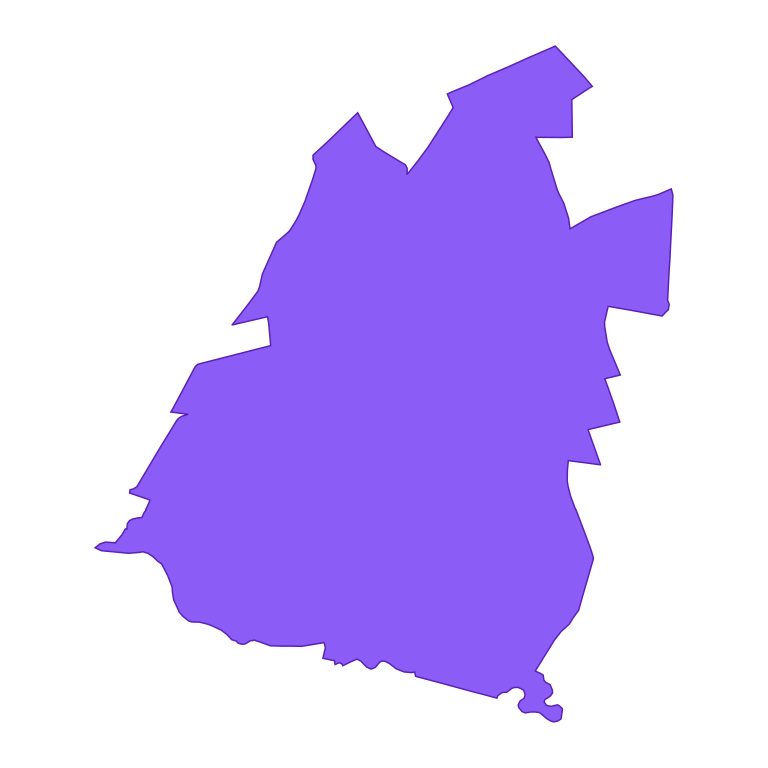 outline of Vladimirescu, Arad, Romania
{"feature_id": "2599482B43501336314051", "entity_name": "Vladimirescu", "entity_type": "district", "adm_level": 2, "iso_a3": "ROU", "parent_name": "Romania", "parent_adm1": "Arad", "projection": "robinson", "projection_center": [21.45, 46.185], "detail": "fine", "context": "isolated", "style": "filled", "palette": "violet", "viewbox_px": 768, "rotation_deg": 0, "n_neighbors": 0, "source": "geoboundaries", "source_scale": "gbopen_adm2", "svg_char_len": 3835}
<svg xmlns="http://www.w3.org/2000/svg" viewBox="0 0 768 768"><path d="M562.4,709.2L562.3,708.5L559.2,705.7L557.3,704.8L551.5,706.3L548.7,706.0L546.1,705.0L544.2,702.0L544.9,699.4L548.6,697.4L550.8,695.6L552.5,692.9L552.4,690.2L551.1,687.0L549.9,684.5L545.8,682.4L543.9,680.1L543.2,675.1L540.6,673.5L535.3,671.0L538.0,666.6L542.3,659.6L554.3,640.3L556.2,637.8L561.2,631.4L569.3,624.1L573.4,617.5L578.6,610.4L582.4,596.8L592.6,561.6L593.4,558.8L593.3,558.0L593.2,557.1L591.4,551.2L590.4,548.2L583.5,529.5L575.9,509.6L575.6,509.5L570.6,496.3L568.0,485.9L567.2,480.7L567.4,470.2L568.3,460.6L574.1,461.4L578.5,461.9L600.4,464.8L600.3,464.1L588.0,429.6L610.6,424.2L619.8,422.1L613.5,403.0L608.0,387.5L604.8,378.7L620.3,375.0L609.5,349.2L607.2,342.0L604.7,326.6L604.6,324.4L604.5,322.2L608.1,306.4L611.0,306.8L625.9,309.4L628.9,309.9L662.1,316.0L663.3,314.8L665.3,312.6L668.4,309.7L668.7,307.4L669.2,304.3L667.6,300.4L669.1,270.9L669.8,261.1L670.7,242.9L672.3,211.7L672.9,195.1L672.1,192.0L671.7,190.6L671.3,188.9L658.7,194.3L653.1,196.1L642.4,198.6L634.9,200.5L616.4,207.1L590.8,216.8L570.1,228.8L569.6,225.6L568.6,218.3L563.8,203.2L559.3,194.5L557.3,189.9L550.9,169.0L549.0,162.2L544.7,153.6L535.9,137.3L561.3,137.5L572.3,137.2L571.8,99.6L589.6,87.9L592.3,86.4L583.9,76.5L555.3,46.1L553.0,47.1L532.6,55.9L530.2,56.9L508.8,66.6L487.7,75.6L468.9,84.9L451.6,92.0L447.3,94.0L453.2,107.6L447.9,116.2L436.8,133.5L428.0,147.2L419.6,158.6L417.7,161.2L407.5,174.0L407.1,174.0L406.8,174.0L407.2,171.9L407.1,168.1L405.5,164.9L390.7,156.0L384.0,151.9L375.9,146.6L363.5,123.5L362.6,121.8L357.7,112.8L354.2,116.1L326.8,142.5L318.2,150.4L313.8,154.5L313.1,155.1L313.0,156.0L313.0,157.7L313.0,159.3L316.1,166.0L315.9,168.7L312.5,179.8L309.9,187.1L305.0,201.2L299.2,214.6L296.0,220.7L289.7,230.7L287.5,232.9L276.6,242.2L262.4,274.0L259.4,287.4L257.9,291.2L248.6,303.7L243.2,310.7L240.0,314.8L239.5,315.4L234.7,321.6L232.2,324.8L232.3,324.9L267.5,316.7L268.7,323.4L270.7,345.6L203.8,362.7L197.8,364.3L197.0,365.0L195.3,366.5L173.0,408.4L170.8,412.0L188.3,414.3L186.5,414.8L185.6,415.1L184.6,415.4L182.0,416.2L179.1,418.0L177.4,419.6L176.8,420.4L161.2,445.8L160.1,447.6L136.8,486.8L133.2,489.0L130.1,489.7L129.6,493.0L149.9,500.0L149.7,500.8L149.5,501.5L147.1,506.7L146.4,508.3L146.0,509.1L145.7,509.7L145.6,510.3L145.7,510.7L144.6,511.9L144.0,512.9L142.0,517.2L141.6,517.6L138.5,517.8L137.2,518.0L134.8,518.6L132.4,519.1L131.0,519.9L129.5,520.6L127.5,523.5L127.3,524.0L126.9,529.0L125.3,528.9L122.1,534.6L115.3,542.8L108.6,542.3L105.6,542.1L99.9,543.9L98.6,545.0L96.2,546.8L95.1,547.8L101.5,550.7L128.8,553.3L139.1,552.4L143.0,551.8L147.8,553.3L152.5,556.2L157.7,561.2L161.7,564.0L167.7,575.6L171.2,584.6L172.1,586.9L172.5,592.6L173.7,599.9L176.8,606.6L179.3,612.2L183.2,616.6L188.7,620.9L191.7,621.9L197.1,622.1L198.7,622.0L202.7,622.9L208.1,624.3L212.5,626.0L220.0,629.6L221.6,630.4L226.9,634.5L231.7,639.7L236.1,641.0L238.1,643.1L240.5,643.9L242.7,644.3L245.1,643.9L247.8,642.4L250.4,640.7L252.6,640.6L254.4,640.0L256.8,641.0L260.7,642.2L262.1,642.8L270.5,645.8L281.1,646.1L289.1,646.1L301.7,646.3L311.5,644.7L324.0,642.6L325.4,647.6L322.9,658.3L334.5,660.7L335.1,664.5L338.1,663.2L339.5,662.7L342.2,664.2L342.8,665.7L351.2,661.6L357.0,659.1L360.9,661.1L366.5,667.0L371.1,669.1L375.3,667.4L379.5,662.4L382.0,661.0L385.1,661.3L389.5,663.6L393.3,666.5L396.2,668.8L404.0,671.9L411.0,672.6L414.8,672.2L415.5,676.3L438.5,682.4L468.3,690.5L497.0,698.1L497.8,695.6L502.3,692.5L506.7,692.2L511.9,688.3L514.4,687.5L517.9,687.4L520.4,688.4L523.5,690.1L524.7,693.1L525.1,695.0L524.5,697.0L523.8,698.5L521.8,699.8L520.0,701.1L518.2,704.9L518.6,707.4L521.9,711.5L525.2,712.9L530.7,712.0L535.2,712.0L539.1,712.5L540.8,713.5L546.3,718.3L550.4,720.8L553.7,721.9L557.5,721.1L559.3,720.0L561.1,718.9L562.4,709.2Z" fill="#8b5cf6" stroke="#5b21b6" stroke-width="1.5"/></svg>